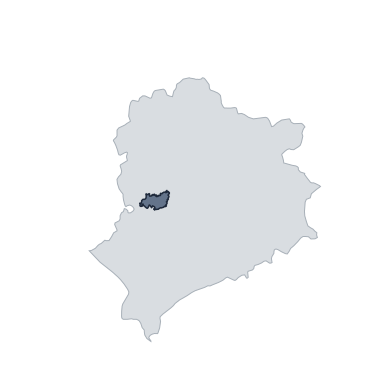 location of Valozhyn, Minsk, Belarus, rotated 325°
{"feature_id": "67162791B19881563690612", "entity_name": "Valozhyn", "entity_type": "district", "adm_level": 2, "iso_a3": "BLR", "parent_name": "Belarus", "parent_adm1": "Minsk", "projection": "orthographic", "projection_center": [26.67, 54.05], "detail": "fine", "context": "in_parent", "style": "filled", "palette": "slate", "viewbox_px": 384, "rotation_deg": 325, "n_neighbors": 0, "source": "geoboundaries", "source_scale": "gbopen_adm2", "svg_char_len": 8344}
<svg xmlns="http://www.w3.org/2000/svg" viewBox="0 0 384 384"><g transform="rotate(325 192 192)"><path d="M300.4,261.2L295.2,261.3L288.8,261.9L285.5,264.6L281.5,263.6L278.9,265.2L273.0,272.4L270.7,276.2L268.7,282.0L267.5,286.2L268.5,289.1L269.8,291.8L270.2,294.7L270.9,296.9L269.4,298.7L268.6,301.2L265.9,300.9L262.5,298.7L261.7,295.4L259.0,293.2L257.3,292.1L254.6,292.1L250.3,293.3L244.6,294.4L240.3,294.8L238.0,296.1L234.5,297.4L233.2,296.1L231.1,292.4L229.4,288.6L228.2,287.0L227.3,286.6L226.1,286.7L224.8,288.0L223.9,289.2L220.3,290.8L218.8,292.2L217.1,295.7L215.9,295.5L214.7,294.7L213.2,290.9L211.3,290.0L208.3,290.0L204.6,289.3L201.5,288.2L200.4,288.5L198.6,290.2L196.7,290.5L192.4,289.1L191.5,289.8L189.1,294.1L188.0,294.3L187.3,293.8L187.6,290.1L185.1,288.8L180.9,288.6L178.0,289.2L176.5,289.1L175.8,288.3L172.2,282.1L170.3,281.7L166.9,282.0L161.8,281.3L156.0,279.9L152.9,279.3L151.2,277.9L147.7,277.4L138.1,274.7L134.2,274.2L128.5,274.1L119.8,273.3L114.2,273.6L111.6,274.4L108.5,274.8L98.2,275.3L94.4,275.9L93.3,277.1L92.0,280.0L87.5,284.8L83.2,288.0L82.5,288.2L80.1,286.4L78.1,285.7L75.7,285.4L74.0,285.9L72.9,286.7L72.9,290.5L72.6,290.9L71.0,286.2L71.3,282.1L72.4,279.8L73.7,277.7L73.4,274.5L74.7,270.3L74.9,267.3L74.4,266.0L73.5,264.4L70.9,262.6L69.8,261.2L66.2,259.3L62.7,256.9L62.2,255.6L62.4,254.6L63.1,253.3L66.0,249.3L69.2,245.5L71.1,244.0L81.4,239.3L83.0,237.6L83.5,234.6L83.6,228.5L83.2,222.9L82.6,219.1L80.9,211.8L76.4,196.7L74.1,181.2L76.0,182.2L80.6,182.7L84.4,181.8L86.3,181.7L88.0,182.1L92.9,181.5L94.1,182.9L96.2,184.2L100.5,182.5L104.4,180.5L108.3,180.8L108.9,179.8L110.0,174.3L111.2,173.2L115.8,173.8L117.6,172.9L119.5,170.2L122.3,168.6L124.6,168.7L127.0,166.8L128.1,168.1L128.7,170.4L127.8,172.2L128.2,172.9L129.8,173.8L132.7,173.8L134.5,173.1L135.0,172.1L135.0,170.2L134.5,168.4L133.4,166.9L131.1,166.1L129.5,166.1L129.3,165.1L129.9,163.1L131.3,159.3L133.1,155.9L134.1,154.6L134.3,153.5L134.1,151.4L134.1,147.7L135.7,142.5L137.8,138.6L140.6,137.4L143.9,136.7L146.1,134.9L147.1,132.8L148.1,129.4L149.1,128.7L157.1,129.2L158.4,125.8L159.1,124.9L160.6,123.9L161.7,122.7L161.3,121.8L159.2,121.2L154.4,120.7L153.5,119.6L153.8,118.2L155.1,114.8L156.3,110.3L156.9,106.9L157.0,104.9L157.7,104.3L161.5,103.7L162.8,103.0L166.1,98.3L168.7,97.5L175.2,98.6L178.2,98.5L182.0,98.8L182.3,98.3L183.6,93.6L189.9,86.1L193.3,83.4L195.5,82.8L196.2,83.0L199.7,86.8L200.6,86.9L202.8,85.2L206.8,85.0L208.6,86.3L211.4,91.1L212.8,91.6L216.6,88.8L218.7,87.8L220.1,87.8L227.5,91.3L228.1,92.5L228.2,93.9L227.2,98.3L228.9,100.9L230.7,102.7L234.3,99.5L235.7,98.6L237.2,98.5L239.2,97.3L240.6,95.5L241.9,94.9L244.6,95.2L249.5,94.5L255.3,96.9L255.8,97.7L258.8,100.6L259.9,102.1L260.8,102.5L262.4,103.9L264.5,104.8L265.9,104.4L266.6,104.9L267.3,106.0L267.5,108.0L267.6,113.8L265.8,117.0L265.6,118.1L265.7,119.3L267.5,121.7L269.8,125.5L270.5,127.7L270.6,129.4L268.0,134.5L267.1,135.7L266.6,138.2L266.4,140.7L266.7,141.8L271.7,145.4L275.4,147.3L276.3,148.3L276.4,149.0L274.8,153.3L274.7,154.5L277.7,156.1L279.4,158.7L281.1,163.2L284.2,167.3L294.9,172.9L295.9,174.0L296.3,175.3L296.2,178.3L294.7,184.1L296.5,184.8L301.1,184.2L306.7,184.5L313.7,187.9L313.8,189.7L313.3,191.4L313.9,193.1L314.7,194.5L320.9,198.5L321.5,199.7L321.8,201.9L321.8,203.5L320.2,203.9L318.5,204.8L315.7,207.0L314.8,209.8L310.3,213.9L307.5,215.8L305.2,216.0L299.6,215.7L297.5,214.0L296.5,212.4L294.3,211.8L291.5,211.9L287.6,212.5L286.8,213.0L286.3,215.1L284.9,218.8L283.8,220.8L289.3,227.5L292.0,230.2L292.9,231.9L293.0,233.2L291.9,234.7L292.2,237.7L295.0,241.4L294.2,242.1L294.3,246.9L294.6,252.1L295.4,253.3L296.8,254.2L298.0,256.0L300.2,260.1L300.4,261.2Z" fill="#d9dde1" stroke="#a8b0b8" stroke-width="1"/><path d="M168.5,184.3L168.6,184.2L168.7,183.8L168.7,183.7L168.8,183.4L169.1,183.2L169.3,183.1L169.7,183.0L170.0,182.9L170.3,182.7L170.6,182.3L170.7,182.1L170.7,181.9L170.7,181.7L170.5,181.3L170.5,181.1L170.6,180.9L170.8,180.7L171.0,180.6L171.3,180.4L171.5,180.3L171.9,180.4L172.2,180.4L172.4,180.4L172.5,180.2L172.8,179.8L173.0,179.6L173.0,179.2L172.9,179.1L172.8,178.9L172.8,178.6L172.8,178.4L172.8,178.2L172.7,178.2L172.5,178.3L172.3,178.3L172.3,178.2L172.3,177.9L172.2,177.7L172.2,177.3L172.2,177.2L172.2,176.7L172.2,176.4L171.9,176.4L171.9,176.6L171.7,177.1L171.3,177.4L171.1,177.5L170.8,177.6L170.6,177.6L170.7,177.4L170.8,177.3L170.8,177.1L170.8,176.9L170.8,176.7L170.6,176.7L170.3,176.7L169.9,176.6L169.7,176.6L169.4,176.4L169.2,176.3L168.8,176.0L168.6,176.0L168.3,176.0L168.2,176.0L167.9,176.0L167.7,176.0L167.5,175.9L167.2,175.9L167.0,176.0L166.8,176.1L166.6,176.2L166.4,176.2L166.1,176.0L166.0,175.9L165.8,175.7L165.7,175.2L165.3,175.2L165.2,175.2L165.1,175.3L165.0,175.5L164.9,175.6L164.7,175.8L164.4,176.0L164.4,176.3L164.4,176.5L164.1,176.7L163.7,176.6L163.4,176.4L163.3,176.2L163.0,175.8L162.9,175.7L162.4,175.6L162.1,175.7L162.0,175.8L161.9,176.0L161.6,176.1L161.4,176.0L161.3,175.8L161.3,175.7L161.1,175.6L160.9,175.6L160.5,175.5L160.3,175.4L160.2,175.2L160.4,175.0L160.6,174.9L160.9,174.9L161.1,174.7L161.2,174.3L161.1,174.1L160.9,174.1L160.6,173.9L160.4,173.9L160.2,174.1L159.9,174.0L159.9,173.8L160.0,173.7L160.1,173.2L160.1,172.9L160.0,172.7L159.9,172.3L159.7,172.3L159.7,172.5L159.4,172.7L159.3,172.4L159.2,172.3L158.8,172.4L158.7,172.5L158.5,172.4L158.5,172.2L158.6,171.9L158.6,171.7L158.4,171.6L158.1,171.8L158.1,172.1L157.9,172.1L157.7,172.1L157.7,171.8L157.7,171.7L157.4,171.5L157.2,171.5L156.8,171.6L156.7,171.7L156.6,171.8L156.4,171.9L156.0,171.7L155.8,171.6L155.6,171.5L155.5,171.3L155.3,171.3L155.1,171.3L155.0,171.1L155.0,170.9L155.1,170.5L155.1,170.3L155.2,170.1L155.4,169.9L155.6,169.7L155.9,169.6L156.0,169.4L156.1,169.2L156.0,168.9L155.8,168.9L155.6,168.8L155.4,168.7L155.2,168.6L154.9,168.6L154.6,168.6L154.3,168.6L154.0,168.6L153.8,168.5L153.7,168.4L153.6,168.2L153.5,167.7L153.4,167.3L153.0,167.4L152.8,167.8L152.7,168.0L152.6,168.3L152.5,168.6L152.2,168.9L151.9,169.4L151.5,169.9L151.4,170.1L150.9,170.4L150.6,170.7L150.2,170.8L149.7,170.9L149.1,170.8L148.5,170.6L148.3,170.4L148.0,170.1L147.6,169.9L147.3,169.9L147.1,170.0L146.9,170.0L146.6,170.1L146.2,170.1L145.9,170.2L145.7,170.5L145.5,170.8L144.7,171.4L144.2,171.8L143.6,172.1L143.2,172.1L143.1,171.8L143.1,171.5L143.0,171.3L142.8,171.3L142.6,171.4L142.5,171.6L142.5,171.9L142.5,172.2L142.3,172.4L142.1,172.8L141.8,173.0L141.7,173.1L141.5,173.5L141.5,173.8L141.7,174.3L142.1,174.5L142.4,174.8L143.0,175.0L143.5,175.0L143.9,174.8L144.0,174.6L143.9,174.2L143.7,173.9L143.9,173.8L144.0,173.7L144.3,173.9L144.5,173.9L144.8,173.7L144.9,173.8L145.0,174.0L144.7,174.5L144.6,174.8L144.6,175.2L144.6,175.5L144.8,175.8L145.0,176.1L145.1,176.5L145.1,176.8L145.1,177.3L145.3,177.8L145.4,178.3L145.5,178.8L145.7,179.2L145.9,179.5L146.1,179.7L146.7,179.7L147.1,179.5L147.5,179.3L148.1,179.0L148.6,178.7L148.9,178.5L149.3,178.3L149.5,178.2L149.8,178.5L149.9,178.9L149.9,179.3L149.9,179.9L150.0,180.4L150.0,180.8L149.9,181.1L149.8,181.3L149.9,181.6L150.1,181.6L150.3,181.6L150.5,181.4L150.8,181.2L151.2,181.0L151.4,180.9L151.7,180.8L151.8,181.0L152.1,181.4L152.4,181.9L152.6,182.2L152.7,182.8L152.7,183.4L152.5,183.6L152.0,183.7L151.7,183.9L151.3,183.9L150.9,184.1L150.8,184.3L150.9,184.5L151.1,184.9L151.2,185.1L151.2,185.3L151.4,185.3L151.7,185.3L151.9,185.3L152.2,185.2L152.4,185.2L152.5,185.2L152.6,185.3L152.6,185.6L152.7,185.8L152.9,185.9L153.1,186.0L153.3,186.1L153.7,186.3L153.8,186.4L154.2,186.5L154.4,186.7L154.6,186.8L154.8,186.8L155.0,186.8L155.2,186.7L155.4,186.6L155.5,186.6L156.0,186.7L156.2,186.8L156.4,186.8L156.8,186.8L157.3,186.9L157.5,187.0L157.6,187.3L157.8,187.5L158.1,187.6L158.4,187.7L158.6,187.7L158.9,187.8L159.2,187.9L159.4,188.0L159.6,188.1L159.8,188.1L160.0,188.1L160.3,188.0L160.5,188.1L160.8,188.1L161.0,188.0L161.2,187.9L161.4,188.0L161.4,188.3L161.5,188.5L161.9,188.6L162.0,188.6L162.3,188.6L162.6,188.6L162.6,188.8L162.8,188.8L163.1,188.6L163.1,188.3L162.9,188.2L162.9,187.8L163.0,187.7L163.4,187.6L163.6,187.5L163.8,187.5L164.0,187.5L164.3,187.3L164.5,187.2L164.8,187.1L165.0,187.0L165.1,186.8L165.3,186.6L165.4,186.4L165.5,186.2L165.3,185.9L165.3,185.7L165.4,185.4L165.6,185.3L165.9,185.3L166.0,185.4L166.2,185.5L166.3,185.5L166.5,185.3L166.7,185.2L166.8,185.1L167.0,184.9L167.1,184.7L167.1,184.2L167.4,184.1L167.5,184.1L167.5,184.3L167.7,184.5L167.9,184.5L168.0,184.5L168.4,184.3L168.5,184.3Z" fill="#64748b" stroke="#1e293b" stroke-width="1.5"/></g></svg>